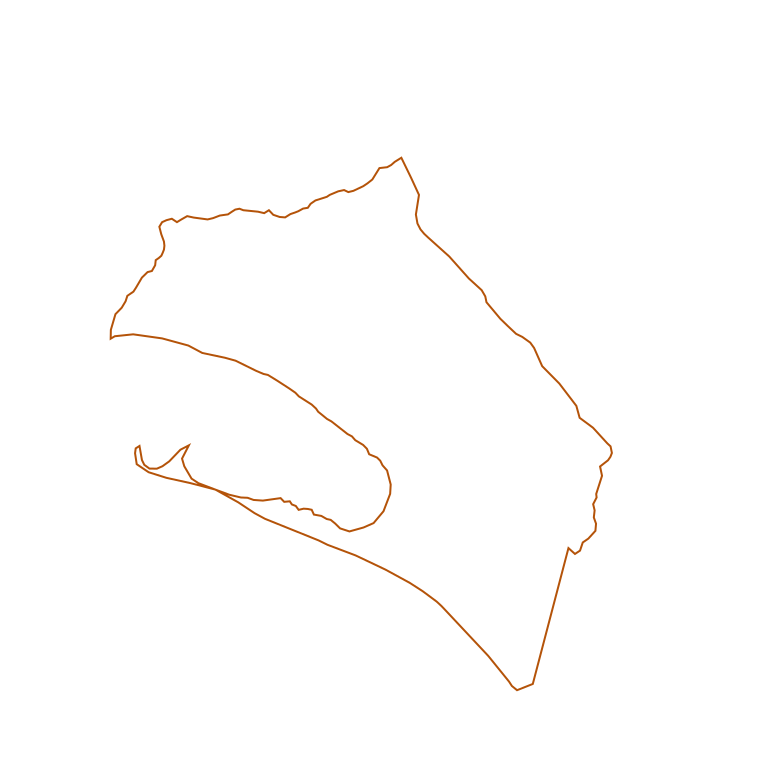 Tapes, Rio Grande do Sul, Brazil (orthographic projection), rotated 118°
{"feature_id": "56859067B78900778631791", "entity_name": "Tapes", "entity_type": "district", "adm_level": 2, "iso_a3": "BRA", "parent_name": "Brazil", "parent_adm1": "Rio Grande do Sul", "projection": "orthographic", "projection_center": [-51.425, -30.676], "detail": "fine", "context": "isolated", "style": "outline", "palette": "amber", "viewbox_px": 768, "rotation_deg": 118, "n_neighbors": 0, "source": "geoboundaries", "source_scale": "gbopen_adm2", "svg_char_len": 2603}
<svg xmlns="http://www.w3.org/2000/svg" viewBox="0 0 768 768"><g transform="rotate(118 384 384)"><path d="M381.8,643.7L386.6,641.8L393.2,642.0L396.2,645.3L403.7,647.7L415.5,648.2L420.1,648.6L426.6,652.0L432.3,651.0L439.8,651.4L448.4,653.9L464.4,650.6L472.3,646.6L468.2,644.1L457.9,628.8L447.9,601.3L441.9,574.8L441.9,559.0L435.5,536.8L433.1,526.0L432.4,503.1L431.7,495.1L430.5,490.8L431.2,479.7L432.4,465.9L433.3,458.2L434.9,453.4L436.1,438.2L437.6,432.5L439.4,429.1L441.6,417.9L441.7,412.9L445.3,392.8L445.3,387.7L447.1,383.0L447.3,379.1L447.6,373.8L449.2,368.7L453.0,364.1L452.2,355.6L453.5,351.3L456.5,347.1L458.9,340.7L463.7,336.3L469.6,330.9L478.1,327.0L496.6,324.7L511.7,327.9L520.3,334.7L530.4,345.3L532.1,355.0L530.1,361.7L529.0,367.3L530.1,371.2L529.9,377.4L532.2,384.6L529.0,388.8L530.1,392.6L531.8,396.4L535.2,400.3L533.1,404.6L533.6,408.8L531.8,412.1L534.9,416.8L533.3,421.7L543.8,436.2L547.6,444.7L548.5,451.0L551.4,457.1L554.4,468.6L556.4,483.3L556.9,457.2L558.8,437.7L558.9,425.8L552.8,368.3L552.5,358.4L548.7,328.7L547.2,295.5L547.5,267.9L548.8,252.5L551.4,235.3L553.1,228.9L575.1,164.4L588.1,133.8L590.6,129.3L591.9,122.8L579.0,111.8L442.3,144.1L444.4,135.6L439.1,132.7L430.6,134.1L424.6,131.0L414.4,128.4L407.8,131.2L403.3,136.1L396.7,138.7L391.9,142.9L384.4,143.0L381.5,145.0L362.7,148.4L355.4,154.5L346.2,150.4L342.0,149.9L337.9,150.4L332.7,154.7L331.6,158.9L324.5,178.9L322.0,195.4L313.0,203.9L310.7,208.9L301.3,229.4L294.0,252.7L281.7,268.4L278.8,274.3L277.5,284.0L277.7,290.9L274.7,301.9L271.8,311.9L263.7,331.9L259.1,335.7L255.3,341.8L251.0,358.6L240.8,386.2L234.0,413.6L232.5,419.1L230.4,424.3L226.6,429.8L219.4,435.4L200.6,441.9L189.2,456.9L176.1,474.9L182.8,478.8L187.3,480.5L191.1,483.0L195.5,489.4L208.9,490.3L214.6,492.8L219.1,495.2L227.8,501.7L231.3,505.6L231.5,510.3L235.4,514.9L242.5,520.7L245.5,522.3L248.4,525.1L254.1,530.7L259.3,533.4L264.2,534.0L267.1,537.8L271.7,540.8L274.4,543.1L277.9,546.4L283.3,549.5L285.5,554.5L286.6,561.2L284.6,567.2L289.4,570.0L291.0,576.1L296.6,589.8L297.1,593.9L299.8,597.2L303.5,599.3L307.5,601.4L312.3,608.0L317.8,612.8L321.5,617.0L326.4,630.2L328.2,636.6L333.9,640.2L338.3,642.8L337.7,648.9L341.5,653.0L345.3,655.9L350.6,656.2L356.3,651.0L361.5,645.2L365.0,642.8L368.6,641.4L371.9,641.0L375.3,640.8L378.5,642.0L381.8,643.7ZM556.4,483.3L558.7,501.4L557.9,509.5L550.4,521.7L544.7,527.3L529.8,527.5L537.6,532.9L553.1,537.3L560.6,541.0L565.4,544.8L568.8,551.4L567.9,557.7L564.8,562.0L553.5,570.8L557.4,573.0L562.0,571.3L570.9,564.7L572.4,550.4L569.0,532.1L562.4,508.4L556.4,483.3Z" fill="none" stroke="#b45309" stroke-width="2"/></g></svg>